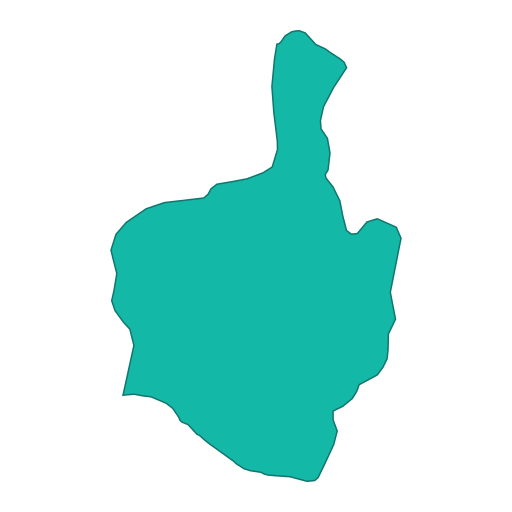 Mayo-Louti, Nord, Cameroon (Mercator projection), rotated 90°
{"feature_id": "32672807B2656917895115", "entity_name": "Mayo-Louti", "entity_type": "district", "adm_level": 2, "iso_a3": "CMR", "parent_name": "Cameroon", "parent_adm1": "Nord", "projection": "mercator", "projection_center": [13.772, 9.925], "detail": "fine", "context": "isolated", "style": "filled", "palette": "teal", "viewbox_px": 512, "rotation_deg": 90, "n_neighbors": 0, "source": "geoboundaries", "source_scale": "gbopen_adm2", "svg_char_len": 1483}
<svg xmlns="http://www.w3.org/2000/svg" viewBox="0 0 512 512"><g transform="rotate(90 256 256)"><path d="M350.2,124.0L334.0,123.6L319.2,116.5L292.3,121.7L238.3,111.0L227.3,115.7L218.8,134.7L221.9,145.0L233.6,154.7L234.1,160.7L230.5,165.5L215.6,169.3L201.0,172.1L186.9,179.0L177.8,186.2L174.4,186.7L170.1,184.0L153.0,182.0L138.3,184.6L129.0,190.9L120.7,191.6L106.7,188.5L87.2,178.2L67.7,165.4L63.1,167.5L62.5,167.7L59.6,170.9L52.4,181.9L48.9,186.7L44.5,196.2L32.9,206.8L30.7,212.8L31.0,216.5L31.8,220.3L35.8,226.8L37.8,228.2L41.7,230.9L43.6,232.8L44.2,235.1L58.9,237.5L86.5,240.1L112.2,238.2L141.0,234.7L149.5,234.5L167.0,239.8L172.8,249.0L178.8,264.9L181.5,279.0L184.2,295.1L188.9,301.1L194.1,303.8L198.0,308.2L202.6,347.5L208.7,365.7L222.3,385.6L234.3,396.0L250.1,401.0L259.7,398.7L273.5,395.2L290.5,398.0L300.7,400.3L310.6,397.0L322.1,388.6L329.4,382.0L331.3,381.6L345.5,378.1L395.3,389.0L394.9,386.3L394.2,377.8L395.9,368.9L396.8,361.0L403.2,345.9L408.4,339.2L417.0,333.4L420.5,331.9L422.2,329.9L424.6,323.9L434.2,315.1L435.4,312.5L440.6,306.7L444.1,302.2L457.7,283.3L461.5,278.0L463.7,275.8L468.7,268.0L470.7,261.6L472.3,250.9L474.0,247.9L475.1,243.7L475.6,237.5L475.7,237.0L475.7,236.8L476.7,222.1L481.3,204.9L480.5,197.3L477.6,193.9L464.8,187.7L444.6,178.3L431.0,174.8L419.9,178.9L411.0,178.9L406.3,169.2L401.0,162.7L398.6,159.8L392.5,155.9L389.2,154.4L384.7,152.9L375.0,134.8L367.5,129.2L358.8,124.9L350.2,124.0Z" fill="#14b8a6" stroke="#0f766e" stroke-width="1.5"/></g></svg>